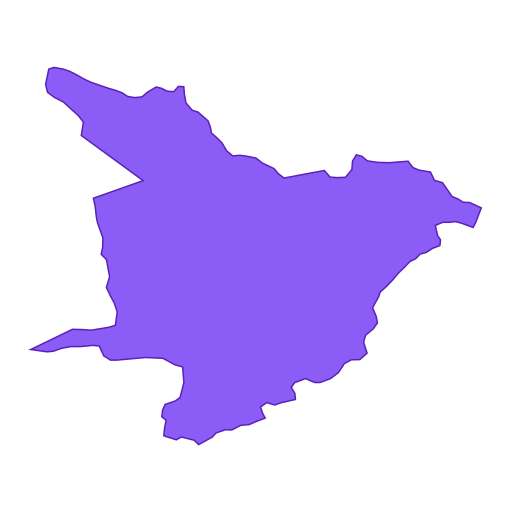 outline of Ipaumirim, Ceará, Brazil
{"feature_id": "56859067B32176029427758", "entity_name": "Ipaumirim", "entity_type": "district", "adm_level": 2, "iso_a3": "BRA", "parent_name": "Brazil", "parent_adm1": "Ceará", "projection": "mercator", "projection_center": [-38.742, -6.809], "detail": "fine", "context": "isolated", "style": "filled", "palette": "violet", "viewbox_px": 512, "rotation_deg": 0, "n_neighbors": 0, "source": "geoboundaries", "source_scale": "gbopen_adm2", "svg_char_len": 2166}
<svg xmlns="http://www.w3.org/2000/svg" viewBox="0 0 512 512"><path d="M198.7,444.6L212.1,437.2L216.2,432.9L225.5,429.7L231.7,430.0L240.9,425.3L249.2,424.6L255.5,421.8L265.2,418.1L262.5,412.9L260.5,407.0L266.7,402.6L274.7,405.0L281.2,402.7L295.4,399.5L294.9,393.5L291.3,387.4L294.6,382.7L305.4,378.6L314.7,382.5L320.1,382.5L330.5,378.6L338.3,372.7L344.4,363.6L351.3,359.8L359.8,359.6L367.1,353.1L363.6,342.2L365.6,335.2L373.1,329.0L377.5,322.9L376.2,316.4L372.6,307.9L375.8,301.8L378.5,297.1L380.2,292.0L386.1,286.8L392.6,280.0L398.2,273.3L404.3,267.4L409.9,261.5L415.7,258.7L420.3,254.0L426.2,252.5L432.4,248.4L439.9,245.6L440.5,239.9L437.6,235.5L435.3,225.4L442.8,222.3L449.2,222.3L455.4,221.6L461.2,223.1L467.0,225.2L473.1,227.5L476.1,221.6L478.0,216.4L481.3,207.9L469.6,202.5L463.2,202.3L458.0,199.0L452.1,196.5L442.5,182.7L434.4,180.3L430.5,172.0L418.9,170.1L412.8,167.5L408.1,161.2L388.9,162.7L378.1,162.4L367.4,160.9L361.9,156.3L356.3,154.8L352.5,161.2L351.9,169.5L345.5,177.3L337.1,177.6L330.1,177.1L324.3,170.5L284.0,178.0L278.6,173.9L273.9,168.5L262.6,163.2L255.9,158.0L245.1,155.9L239.8,155.3L232.8,155.9L226.7,150.9L222.1,143.0L216.5,137.4L211.5,133.1L210.4,127.2L208.0,120.8L202.5,116.0L197.9,112.0L192.1,110.2L186.0,102.9L184.4,94.3L183.8,86.7L178.4,86.4L173.7,91.7L167.0,91.1L161.5,88.3L156.2,87.0L147.7,92.0L141.9,96.9L134.7,97.6L127.6,96.4L122.1,92.8L115.5,90.3L109.8,88.7L102.3,86.2L91.0,82.3L83.7,78.9L75.9,74.4L69.2,71.1L63.6,69.2L54.0,67.4L48.8,69.1L45.6,84.4L47.6,92.4L54.6,97.5L63.6,102.2L78.5,115.8L83.4,122.2L81.3,135.5L143.1,180.6L93.4,198.2L95.1,205.9L96.4,217.3L97.5,222.8L102.9,237.9L102.7,246.9L101.2,254.4L106.4,259.5L109.6,276.8L106.4,287.4L110.8,296.7L114.2,302.9L117.2,311.9L115.4,325.2L109.3,327.2L91.2,330.2L83.4,329.6L72.4,329.3L30.7,349.5L46.7,351.8L53.1,351.3L61.2,348.4L70.9,346.6L80.2,346.6L92.7,345.4L99.2,346.0L103.8,355.9L110.5,360.1L116.9,360.1L145.5,357.5L162.9,358.3L175.1,364.9L182.7,366.9L183.0,372.5L183.9,382.5L180.1,397.4L175.4,400.9L165.2,404.4L162.6,410.0L161.8,416.8L166.1,420.2L164.6,427.8L163.8,435.8L176.3,439.8L181.3,437.0L194.0,440.2L198.7,444.6Z" fill="#8b5cf6" stroke="#5b21b6" stroke-width="1.5"/></svg>